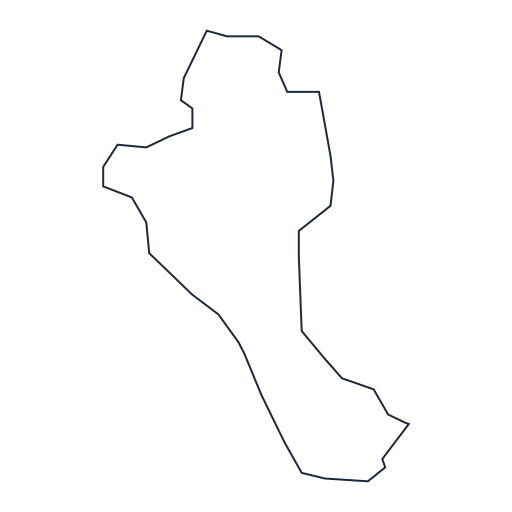 outline of Jeungpyeong-gun, North Chungcheong, South Korea
{"feature_id": "91817680B75298348451478", "entity_name": "Jeungpyeong-gun", "entity_type": "district", "adm_level": 2, "iso_a3": "KOR", "parent_name": "South Korea", "parent_adm1": "North Chungcheong", "projection": "robinson", "projection_center": [127.607, 36.772], "detail": "fine", "context": "isolated", "style": "outline", "palette": "slate", "viewbox_px": 512, "rotation_deg": 0, "n_neighbors": 0, "source": "geoboundaries", "source_scale": "gbopen_adm2", "svg_char_len": 658}
<svg xmlns="http://www.w3.org/2000/svg" viewBox="0 0 512 512"><path d="M206.8,30.7L183.8,78.0L180.9,100.2L192.4,108.5L192.4,128.0L169.4,136.3L146.3,147.4L117.6,144.7L103.2,166.9L103.2,186.4L131.9,197.5L146.3,222.5L149.2,253.1L150.6,254.5L166.5,269.8L192.4,294.8L218.3,314.3L238.4,342.1L244.2,353.3L261.4,395.0L284.5,442.3L301.7,472.9L324.8,478.5L367.9,481.3L385.2,467.4L382.3,459.0L408.8,424.0L405.4,422.8L388.1,414.5L373.7,389.4L342.0,378.3L324.8,358.8L301.7,331.0L298.8,255.9L298.8,230.9L330.5,205.8L333.4,180.8L330.5,155.8L319.0,91.9L287.3,91.9L278.7,72.4L281.6,50.2L258.6,36.3L226.9,36.3L206.8,30.7Z" fill="none" stroke="#1e293b" stroke-width="2"/></svg>